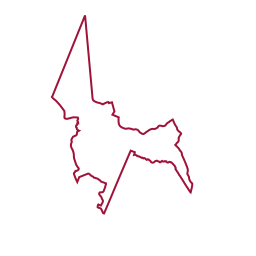 Kisumu East, Nyanza, Kenya, rotated 112°
{"feature_id": "3690345B94932158837865", "entity_name": "Kisumu East", "entity_type": "district", "adm_level": 2, "iso_a3": "KEN", "parent_name": "Kenya", "parent_adm1": "Nyanza", "projection": "orthographic", "projection_center": [34.812, -0.082], "detail": "fine", "context": "isolated", "style": "outline", "palette": "rose", "viewbox_px": 256, "rotation_deg": 112, "n_neighbors": 0, "source": "geoboundaries", "source_scale": "gbopen_adm2", "svg_char_len": 5592}
<svg xmlns="http://www.w3.org/2000/svg" viewBox="0 0 256 256"><g transform="rotate(112 128 128)"><path d="M103.4,89.7L104.1,90.3L104.8,90.7L105.4,91.2L106.0,91.6L106.6,92.0L107.2,92.3L107.9,92.8L108.6,93.3L109.2,93.6L110.0,93.9L110.8,94.0L111.7,94.3L112.3,94.9L112.9,95.7L113.3,96.4L113.4,97.2L113.5,98.1L113.8,99.1L114.1,99.8L114.7,100.3L115.3,100.6L116.3,100.7L117.2,101.2L117.8,101.8L118.5,102.3L118.8,102.8L119.1,103.4L119.4,104.2L119.6,104.9L120.0,105.6L120.5,106.2L121.1,106.8L121.6,107.3L122.1,107.7L122.9,108.2L123.8,108.7L124.7,109.4L125.6,109.9L126.3,110.3L127.0,110.7L127.8,111.5L128.1,112.5L128.0,113.2L127.8,113.9L127.8,114.6L127.7,115.2L127.3,115.9L126.9,116.6L126.5,117.4L126.2,118.0L126.1,118.9L126.2,119.8L126.5,120.9L127.1,121.7L127.5,122.5L127.5,123.1L127.5,124.0L127.6,124.8L127.7,125.4L127.9,126.3L128.1,127.3L128.6,128.1L129.1,128.9L129.4,129.6L129.7,130.3L129.8,131.2L129.8,132.2L129.8,133.3L129.7,134.3L129.4,135.6L128.9,136.7L128.1,137.5L127.4,138.2L126.4,138.7L125.5,139.2L124.3,139.7L123.3,140.1L122.3,140.5L121.6,140.6L121.5,147.4L117.7,146.8L110.2,152.5L112.1,155.0L111.3,155.9L112.2,157.3L113.9,158.9L114.4,159.2L114.9,159.9L115.5,160.2L115.5,160.9L115.4,161.9L115.5,163.0L115.5,164.1L115.7,165.1L115.9,166.1L115.9,167.1L115.8,168.5L115.7,169.3L115.5,170.2L115.0,171.0L114.1,171.8L39.7,210.0L126.9,210.0L127.7,210.2L128.1,209.5L128.4,208.9L128.7,208.2L129.0,207.4L129.2,206.4L129.6,205.3L130.0,204.3L132.1,200.0L136.0,193.5L136.7,193.0L137.8,192.5L138.6,192.1L139.3,191.8L140.2,191.5L141.3,191.2L142.1,190.9L142.7,190.2L142.7,189.2L142.5,188.3L142.1,187.6L141.7,187.0L141.3,186.5L140.9,185.8L140.5,185.3L140.1,184.8L139.6,184.2L139.3,183.7L138.9,183.2L138.5,182.4L138.1,181.4L137.8,180.6L137.5,179.7L137.1,178.4L137.7,177.9L138.5,177.6L139.3,177.7L140.2,177.7L140.8,176.9L141.5,176.9L141.7,176.2L142.2,176.0L142.1,176.7L142.7,176.6L143.3,176.7L144.0,176.8L144.5,176.5L145.2,176.9L145.9,176.9L146.7,176.4L147.0,175.6L147.6,175.4L148.3,174.9L148.4,174.0L148.9,173.1L148.9,172.4L149.4,172.8L149.9,173.5L150.7,173.7L151.7,173.4L152.5,173.3L153.2,173.1L153.8,173.1L154.3,173.3L154.9,174.1L155.6,174.6L156.2,175.3L156.8,175.7L157.5,175.8L158.3,176.0L159.0,176.0L159.7,176.1L160.3,176.0L160.8,175.8L161.4,175.1L162.2,174.9L163.1,174.9L164.1,174.8L164.7,174.7L165.4,174.5L166.2,174.1L166.9,173.5L167.7,172.8L168.4,172.0L169.1,171.1L169.9,170.4L171.0,169.5L172.0,168.8L173.3,168.1L174.7,167.5L175.3,167.2L176.0,166.8L176.7,166.3L177.3,165.8L178.0,165.2L178.7,164.6L179.2,164.2L179.7,163.8L180.3,163.3L181.2,162.5L181.7,161.9L182.1,161.4L182.5,160.8L182.9,160.3L183.4,159.5L183.8,158.7L184.4,158.3L185.0,158.3L185.6,158.5L186.4,159.0L187.1,159.7L187.3,160.3L187.8,160.7L188.7,160.6L189.3,160.9L190.0,161.2L190.9,160.9L194.3,157.8L197.1,154.8L191.8,154.8L185.4,148.1L185.0,147.2L185.2,146.6L185.5,145.6L185.8,144.9L186.0,144.2L186.2,143.2L186.2,142.1L186.5,141.4L186.8,140.9L186.7,140.2L186.5,139.4L186.5,138.3L186.4,137.2L186.5,136.4L186.7,135.8L187.0,135.1L187.1,134.2L187.4,133.5L187.8,132.8L187.8,132.0L187.8,131.3L187.6,130.5L187.6,129.6L187.8,128.5L187.6,127.7L188.6,127.3L189.5,127.3L190.3,127.2L191.1,127.1L191.7,127.0L192.4,127.0L193.4,127.0L195.3,126.9L195.9,127.0L196.6,127.2L197.2,127.8L197.6,128.5L197.9,129.3L198.3,130.0L198.9,130.2L199.5,130.2L200.4,129.7L200.9,128.9L201.3,128.2L201.6,127.5L201.9,126.9L202.4,126.5L202.9,126.1L203.5,125.5L204.1,124.8L204.5,124.2L205.0,123.9L205.9,123.7L206.6,123.7L207.3,123.8L210.1,124.1L210.1,125.3L210.0,126.8L210.6,127.0L211.2,126.9L211.9,126.8L212.8,126.5L213.0,125.7L212.9,124.9L212.8,123.7L213.0,122.9L213.3,122.3L213.9,121.7L214.4,121.2L214.8,120.7L215.8,119.7L216.3,119.1L216.2,118.2L201.2,117.9L183.6,117.7L151.5,117.1L148.0,117.0L147.9,112.6L150.7,112.3L150.3,111.8L150.0,111.2L150.2,110.0L150.5,109.1L150.2,108.6L150.5,107.7L150.2,106.9L150.3,106.1L150.3,105.3L150.5,104.6L150.5,104.0L150.1,103.5L150.4,102.9L150.4,102.3L149.8,101.8L149.8,101.0L150.1,100.1L150.4,99.4L150.5,98.6L149.6,98.0L149.5,96.9L150.0,95.9L150.1,95.0L150.8,94.1L151.1,93.1L151.0,92.3L150.5,91.5L149.7,90.9L148.8,90.5L148.3,90.1L148.0,89.5L147.5,89.1L147.5,88.2L147.7,87.3L147.5,86.6L147.9,85.8L147.5,84.9L146.6,84.7L145.7,84.0L146.0,82.9L145.5,81.9L144.8,81.3L144.8,80.6L144.6,80.0L145.1,79.7L145.2,78.9L145.2,78.3L144.9,77.7L144.3,77.4L143.8,76.7L143.6,75.9L143.9,75.4L143.7,74.7L144.0,73.9L144.3,73.2L144.9,72.2L145.2,71.3L145.6,70.5L146.3,69.9L146.8,69.1L147.3,68.7L148.2,68.7L150.4,65.5L150.8,64.9L151.2,64.4L152.4,62.9L152.8,62.1L153.2,61.6L153.9,60.6L155.5,58.3L157.0,56.3L157.4,55.7L157.9,55.1L159.4,53.0L160.0,52.2L160.5,51.4L161.4,50.1L161.9,49.4L163.2,47.6L163.9,46.5L164.2,45.8L163.1,45.9L161.6,46.2L160.5,46.3L159.6,46.5L158.4,46.7L157.0,47.0L156.3,47.3L155.3,47.7L155.0,48.6L154.6,49.6L154.2,50.1L153.8,50.6L153.4,51.1L152.9,51.6L152.3,52.2L151.6,52.6L150.9,52.9L150.2,53.5L149.7,54.1L149.2,54.7L148.7,55.3L148.4,55.8L146.3,56.3L145.5,56.4L144.7,56.8L143.7,57.2L143.1,57.8L142.6,58.2L142.0,58.6L141.2,59.5L140.0,60.5L139.4,61.1L138.5,62.0L137.8,62.7L137.3,63.2L136.6,63.9L135.5,65.0L132.7,68.0L131.6,68.4L130.9,69.0L130.3,69.6L129.8,70.5L129.5,71.1L129.2,71.8L128.6,72.3L128.1,73.1L127.7,73.9L127.4,74.5L127.1,75.2L126.7,76.0L126.4,77.0L126.0,77.8L125.4,77.5L124.8,77.4L124.1,77.2L123.4,77.0L122.3,76.5L121.6,76.2L120.9,76.4L120.0,76.5L119.1,76.9L118.4,77.3L117.6,77.2L116.9,77.3L115.9,77.1L114.9,77.0L114.1,76.6L113.4,76.6L112.9,77.2L112.5,78.1L112.3,78.7L112.2,79.3L112.0,79.9L111.6,80.6L111.3,81.3L110.6,82.0L109.9,82.4L109.4,82.8L108.9,83.3L107.3,85.7L103.4,89.7Z" fill="none" stroke="#9f1239" stroke-width="2"/></g></svg>